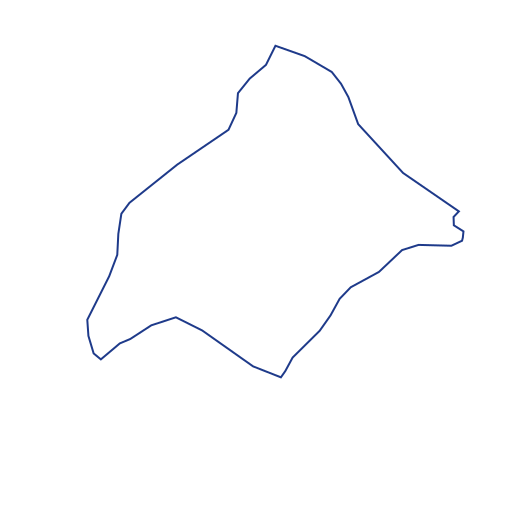 the border of Bayburt, rotated 135°
{"feature_id": "TUR-3032", "entity_name": "Bayburt", "entity_type": "Province", "adm_level": 1, "iso_a3": "TUR", "parent_name": "Turkey", "parent_adm1": "", "projection": "robinson", "projection_center": [40.231, 40.313], "detail": "fine", "context": "isolated", "style": "outline", "palette": "blue", "viewbox_px": 512, "rotation_deg": 135, "n_neighbors": 0, "source": "natural_earth", "source_scale": "10m", "svg_char_len": 705}
<svg xmlns="http://www.w3.org/2000/svg" viewBox="0 0 512 512"><g transform="rotate(135 256 256)"><path d="M247.0,376.3L186.2,364.7L168.7,371.1L153.6,383.9L135.0,385.9L113.8,384.1L93.6,390.9L80.2,362.8L72.3,332.5L74.1,317.6L78.3,303.1L90.5,277.0L93.3,210.7L81.0,144.1L88.7,143.9L94.4,137.8L91.9,126.7L96.8,122.7L99.5,121.1L110.6,125.1L133.2,148.9L148.5,156.9L180.3,157.8L211.1,166.9L227.1,166.6L245.3,161.3L263.8,158.1L301.9,158.3L316.7,153.9L324.2,152.6L336.1,180.0L346.7,241.4L356.0,269.3L379.0,281.0L403.5,286.2L414.1,290.5L438.8,292.6L439.7,301.9L431.0,318.0L420.4,330.2L374.1,345.5L353.3,354.9L337.7,369.0L321.3,381.1L307.8,383.1L247.0,376.3Z" fill="none" stroke="#1e3a8a" stroke-width="2"/></g></svg>